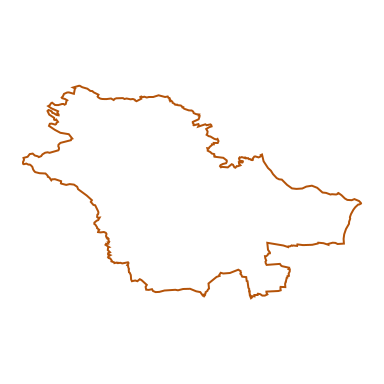 the district of Ardee Lea-6, Louth, Ireland
{"feature_id": "5873133B98086602368419", "entity_name": "Ardee Lea-6", "entity_type": "district", "adm_level": 2, "iso_a3": "IRL", "parent_name": "Ireland", "parent_adm1": "Louth", "projection": "robinson", "projection_center": [-6.488, 53.872], "detail": "fine", "context": "isolated", "style": "outline", "palette": "amber", "viewbox_px": 384, "rotation_deg": 0, "n_neighbors": 0, "source": "geoboundaries", "source_scale": "gbopen_adm2", "svg_char_len": 5948}
<svg xmlns="http://www.w3.org/2000/svg" viewBox="0 0 384 384"><path d="M204.1,296.2L205.0,295.1L204.6,294.4L205.5,293.6L205.6,292.2L207.4,290.9L207.9,289.6L209.0,288.6L208.5,283.5L216.6,276.9L219.6,275.9L219.2,275.1L220.7,272.8L223.3,273.5L229.9,273.0L238.3,269.7L240.6,271.1L240.5,271.7L241.0,272.7L240.4,273.8L241.2,274.6L242.2,276.7L246.2,277.1L246.7,281.0L247.5,281.2L248.4,287.8L249.2,289.0L249.1,291.4L249.7,291.4L249.6,293.5L250.3,295.3L249.9,295.4L251.0,298.2L251.9,297.5L252.1,296.2L254.5,296.4L254.4,295.0L257.6,295.0L257.6,294.1L257.9,293.7L260.3,294.2L262.3,295.6L264.8,295.6L267.4,294.4L266.5,292.8L266.4,291.6L278.4,291.0L280.7,290.3L280.4,287.9L280.6,286.9L285.3,287.1L285.1,283.9L285.7,281.8L286.7,281.7L285.9,281.4L286.7,277.8L287.3,277.7L287.5,276.1L289.7,275.8L289.0,275.8L288.6,273.7L289.7,271.5L289.8,269.3L288.5,269.1L289.0,267.7L282.1,266.2L281.1,265.6L279.9,263.9L266.6,264.9L265.7,263.1L265.5,261.6L266.2,260.5L265.3,258.3L265.0,256.2L266.2,256.2L267.5,255.2L268.4,253.6L269.9,253.3L269.9,252.5L268.0,249.8L267.3,242.8L283.4,245.5L288.2,247.1L288.4,246.4L290.1,246.3L291.7,245.4L292.3,245.8L293.2,245.5L297.1,245.9L297.4,244.4L303.0,245.1L312.2,244.8L317.9,243.5L318.2,242.7L323.5,243.2L328.4,244.8L328.3,243.9L332.7,242.7L335.4,242.9L337.6,244.0L343.9,243.6L343.6,238.9L344.2,234.3L346.0,229.0L349.0,223.8L349.1,221.7L350.2,218.7L349.9,217.2L351.0,214.1L353.4,209.7L355.3,207.2L358.1,204.6L359.5,204.4L361.0,203.5L360.8,202.8L359.0,201.0L354.4,199.1L351.7,200.2L347.3,199.9L344.9,198.5L341.5,195.2L338.4,193.0L337.3,193.6L337.9,193.6L337.8,193.9L336.1,194.5L332.0,194.2L330.4,194.5L326.1,192.9L322.5,192.5L317.2,187.8L311.9,185.7L306.3,186.6L302.3,188.5L296.4,188.9L292.0,188.4L287.1,184.9L281.8,179.6L279.1,179.3L276.7,178.1L273.0,174.1L270.9,170.7L268.0,168.0L263.6,161.3L262.0,154.5L260.7,155.1L261.1,155.9L260.3,156.6L258.6,157.4L255.2,156.4L254.3,156.6L252.6,158.8L252.9,159.8L252.5,160.1L251.3,160.0L249.9,159.0L249.1,159.2L248.0,158.1L247.1,158.4L245.4,157.6L245.3,158.2L241.8,157.1L240.1,157.7L239.7,157.4L239.0,158.3L239.6,160.7L242.6,161.1L242.9,161.3L242.8,161.9L242.4,162.5L238.9,162.2L239.1,163.9L240.4,165.3L237.6,166.3L236.8,166.1L235.4,167.7L234.4,167.3L233.0,164.8L231.7,164.2L227.8,167.4L222.1,166.9L220.9,167.3L220.0,166.1L220.6,165.1L222.8,164.0L226.1,163.2L226.8,161.7L226.7,160.4L223.3,157.8L214.4,156.7L214.3,156.3L215.0,156.2L214.3,155.5L214.2,154.1L211.8,153.5L210.4,152.1L207.7,150.7L207.8,149.7L207.3,148.2L208.8,148.3L209.6,147.0L212.1,144.9L212.0,144.3L213.8,144.3L213.7,142.9L217.7,143.0L218.5,141.1L217.5,138.9L216.5,139.5L214.4,138.9L210.4,136.5L208.8,136.2L206.6,134.8L207.4,133.2L207.6,131.4L206.2,129.0L209.2,127.2L211.6,126.4L211.3,125.2L210.5,124.4L206.6,125.2L205.3,124.3L198.3,126.6L198.9,125.4L198.4,124.1L193.8,125.3L193.5,125.1L193.6,123.9L192.8,122.9L192.8,121.9L198.6,119.3L199.5,116.8L199.6,115.9L198.7,115.6L199.2,114.5L196.3,114.2L193.7,113.1L193.2,111.6L191.7,110.5L188.9,110.4L184.3,108.8L183.3,108.0L183.3,107.2L182.3,107.3L181.9,106.4L180.8,105.5L177.9,105.2L177.0,104.6L176.4,104.9L175.0,104.6L174.7,104.0L172.6,102.8L172.5,102.0L171.4,100.8L170.9,100.6L170.2,101.2L169.5,99.8L170.0,99.2L169.5,98.0L168.5,97.9L167.7,96.5L165.1,97.0L158.6,95.3L153.2,97.0L148.9,97.0L146.8,97.5L144.2,96.7L142.7,97.2L141.3,96.5L140.3,97.0L141.2,98.8L136.5,101.2L135.2,100.5L134.8,99.7L132.9,99.0L130.5,99.3L126.6,98.5L124.5,99.0L122.9,98.1L116.3,98.3L114.5,99.0L113.7,100.0L111.0,98.5L106.3,99.1L102.3,99.0L100.3,98.6L98.3,97.4L97.6,96.6L98.5,94.7L93.6,92.3L92.4,91.1L90.3,90.9L87.4,88.7L82.2,87.2L79.8,85.8L78.9,85.8L73.1,87.5L75.2,88.5L74.8,89.1L73.9,93.8L68.9,92.4L67.1,92.5L64.0,93.9L62.9,96.3L61.7,97.6L62.2,98.2L65.0,99.0L67.2,100.3L66.5,100.9L65.7,104.1L64.5,104.7L63.6,104.0L62.0,104.0L58.2,105.1L55.0,105.0L52.1,102.7L50.9,103.4L49.8,105.2L48.2,106.1L51.5,108.4L58.1,111.3L57.3,113.0L58.6,114.4L58.6,115.3L56.4,114.9L53.8,113.2L52.4,112.9L51.7,111.4L49.2,110.2L48.5,110.0L47.5,111.0L49.2,114.6L54.1,117.8L54.1,119.6L55.2,120.1L56.2,119.5L58.0,121.9L56.6,122.8L56.1,124.1L55.2,124.6L51.6,123.6L49.8,123.8L49.0,125.9L54.8,129.8L60.4,132.8L68.8,134.2L72.3,138.6L71.3,139.0L70.9,140.2L60.4,142.9L58.5,144.7L58.3,146.3L58.9,147.5L59.0,149.0L58.4,150.3L49.6,152.8L47.6,152.3L45.2,152.7L42.4,154.4L41.2,156.1L38.8,157.1L37.8,156.3L34.8,155.5L32.7,153.6L29.7,154.1L27.6,156.8L23.5,157.9L24.0,159.8L23.0,162.1L23.1,163.8L23.8,164.2L26.3,163.6L28.4,164.6L29.8,164.6L31.2,165.6L32.4,167.0L33.0,169.1L33.9,170.7L35.2,172.1L39.5,173.2L45.5,173.5L47.7,175.7L47.8,176.8L49.3,177.4L51.3,180.3L52.1,179.3L55.0,179.2L61.1,181.2L60.9,183.4L61.2,183.6L66.2,184.9L69.7,184.1L73.9,184.6L77.2,186.8L78.1,189.2L86.7,195.5L91.9,200.2L90.8,201.9L93.4,204.9L95.2,205.3L98.2,211.5L98.4,212.7L98.1,214.1L97.4,214.6L97.1,217.0L98.0,217.8L99.6,217.6L98.2,220.1L96.7,220.7L94.4,222.6L94.3,223.9L95.4,224.7L97.2,227.5L97.1,228.2L99.2,229.8L98.4,230.9L98.1,232.1L100.6,232.4L103.9,232.0L105.8,232.8L106.5,234.0L106.0,235.9L106.3,237.0L107.8,237.9L108.0,238.3L107.6,238.6L108.5,238.9L108.3,239.7L108.6,240.1L108.7,241.4L109.2,241.7L109.0,242.2L108.3,242.3L108.6,242.6L107.9,243.3L108.1,243.7L107.1,243.8L106.5,244.5L106.0,244.0L105.5,244.8L109.1,247.1L108.1,247.4L107.8,250.1L110.0,252.3L108.1,253.2L108.1,254.3L110.3,255.2L108.4,256.3L108.6,257.2L108.2,257.4L108.6,258.0L110.3,258.5L111.8,260.7L111.5,261.4L114.2,262.4L114.4,263.1L116.5,262.6L117.2,263.0L117.8,262.7L118.1,263.1L120.4,262.8L122.3,263.4L128.0,262.3L128.5,263.0L128.3,263.9L127.2,265.2L128.1,265.8L128.3,267.5L129.0,269.0L128.7,269.8L129.0,272.3L129.7,272.7L130.8,275.1L131.1,279.4L131.9,281.2L135.2,280.5L137.4,281.2L139.8,279.2L141.5,280.1L146.8,284.9L145.6,286.9L146.2,289.7L148.8,289.9L152.0,289.2L153.0,291.0L155.6,292.1L159.3,291.9L164.5,290.5L175.3,289.8L178.0,290.3L183.1,289.0L190.1,288.8L196.2,291.3L200.3,292.1L202.6,295.3L203.0,295.0L203.3,295.7L204.4,295.6L203.9,295.9L204.1,296.2Z" fill="none" stroke="#b45309" stroke-width="2"/></svg>